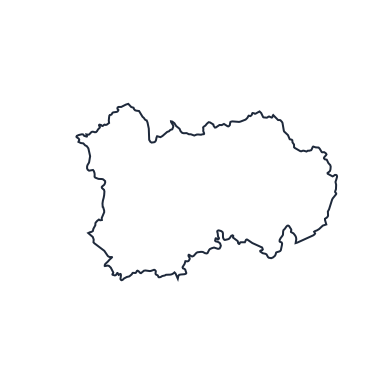 map outline of Kaluga (Mercator projection), rotated 39°
{"feature_id": "RUS-2361", "entity_name": "Kaluga", "entity_type": "Region", "adm_level": 1, "iso_a3": "RUS", "parent_name": "Russia", "parent_adm1": "", "projection": "mercator", "projection_center": [35.421, 54.295], "detail": "fine", "context": "isolated", "style": "outline", "palette": "slate", "viewbox_px": 384, "rotation_deg": 39, "n_neighbors": 0, "source": "natural_earth", "source_scale": "10m", "svg_char_len": 6003}
<svg xmlns="http://www.w3.org/2000/svg" viewBox="0 0 384 384"><g transform="rotate(39 192 192)"><path d="M235.5,268.3L230.5,265.7L229.0,265.5L228.7,267.2L228.0,268.8L227.1,269.9L223.9,272.7L223.4,274.0L221.8,276.0L221.1,277.9L220.0,279.1L219.6,279.2L217.9,278.4L215.7,278.8L215.0,278.4L213.7,276.3L212.4,276.0L211.5,276.3L209.8,279.1L209.0,280.0L205.2,282.3L204.2,283.4L203.4,287.2L202.8,287.5L200.4,287.2L199.2,287.4L199.0,287.7L198.9,288.1L199.2,289.7L199.1,290.4L196.9,292.1L196.8,292.5L197.0,294.0L196.4,297.0L194.8,299.1L193.6,302.0L193.4,303.8L192.9,304.8L192.1,305.0L191.1,304.6L189.4,301.7L188.5,300.8L188.0,300.7L187.7,300.9L187.4,302.2L187.2,302.6L185.1,301.8L184.9,302.0L185.1,304.4L184.9,304.9L184.5,305.4L182.4,306.3L181.9,306.0L181.8,304.7L181.5,304.1L176.5,301.9L174.0,301.7L172.8,302.2L170.9,304.4L170.7,304.4L170.2,303.7L169.9,302.5L170.4,298.9L170.5,296.3L170.9,293.8L170.9,293.1L170.7,293.0L169.1,294.3L167.7,294.7L166.8,294.7L160.9,292.9L148.4,293.3L147.1,293.1L145.5,290.8L143.2,289.4L137.2,289.2L138.0,287.5L139.0,286.2L139.5,284.7L138.5,282.6L137.8,278.7L136.7,277.2L136.4,276.5L136.5,274.1L137.0,272.0L138.4,271.8L139.6,270.5L138.2,269.0L136.5,263.0L135.4,261.7L132.5,259.7L132.0,259.8L129.7,257.3L128.2,254.8L127.0,252.1L125.7,249.7L123.6,246.7L122.3,245.7L119.7,245.6L118.8,245.0L118.7,244.2L119.2,241.8L119.2,241.2L118.6,239.3L117.6,238.2L115.0,238.1L114.0,238.5L111.0,240.7L107.8,241.7L106.7,241.5L105.2,239.5L104.1,238.5L102.5,237.5L101.2,237.2L98.6,240.2L96.9,240.3L95.5,239.6L94.3,238.0L93.8,236.6L93.5,234.2L93.2,233.4L90.3,228.3L84.0,223.3L81.4,222.6L79.5,223.0L77.0,222.6L74.8,223.9L72.2,224.5L71.7,222.8L71.3,222.2L70.2,221.8L67.8,222.0L67.3,221.6L67.2,220.8L68.2,218.9L69.8,216.8L70.6,216.1L71.3,215.8L72.9,216.2L75.2,215.3L75.4,215.0L75.2,214.7L73.7,213.7L75.4,212.7L75.9,211.9L76.1,208.9L76.5,208.0L77.4,207.3L78.9,206.7L79.7,205.9L79.9,204.5L79.6,202.6L79.8,199.9L79.4,199.3L78.0,198.9L77.6,198.3L77.7,197.9L79.0,197.2L80.7,197.2L81.1,196.7L81.4,195.2L81.6,194.7L82.7,194.2L83.4,193.3L84.1,190.5L82.4,188.9L80.6,186.2L79.7,184.6L79.7,183.8L80.3,183.2L80.7,182.4L80.4,180.8L80.6,179.8L83.1,177.1L83.5,176.2L83.4,175.3L83.2,174.6L81.8,174.3L81.4,174.0L81.0,173.1L81.4,172.1L83.5,170.4L85.6,165.7L87.0,163.6L91.3,164.2L93.5,163.3L94.9,164.1L96.3,164.3L97.4,163.9L99.9,162.4L106.3,164.7L107.8,164.7L109.9,165.3L111.0,165.2L111.7,164.9L113.7,166.0L118.5,169.9L125.9,178.4L128.1,179.2L129.5,179.0L131.3,177.1L131.7,176.0L131.5,174.6L130.1,171.9L129.8,170.6L133.0,169.2L133.8,167.1L134.9,160.9L135.9,159.3L136.1,157.4L137.2,155.7L136.6,153.7L136.1,152.7L135.1,152.0L131.7,150.8L131.2,150.3L132.3,149.7L135.0,149.6L138.2,150.7L142.5,150.7L145.0,152.0L147.2,152.2L148.5,151.6L150.8,149.6L153.2,149.1L154.7,147.9L158.2,146.7L159.6,144.3L160.5,143.5L163.0,141.8L163.7,140.7L164.8,139.6L164.8,139.2L164.4,138.7L162.4,137.6L161.1,135.8L160.2,135.1L160.0,134.7L160.0,134.0L160.6,131.9L160.6,129.6L161.0,127.3L162.2,126.6L166.1,126.1L167.0,126.9L169.2,127.5L169.9,126.9L171.2,122.6L173.0,121.3L174.0,119.0L178.3,118.5L179.0,118.1L179.2,117.6L179.3,116.3L177.8,113.6L178.1,112.7L179.1,111.6L184.5,107.9L185.4,106.7L188.1,102.0L188.4,99.7L188.0,97.2L188.1,96.9L189.5,96.4L189.7,96.0L189.9,95.0L189.8,94.0L189.3,93.0L189.4,92.5L190.6,91.8L191.7,91.6L192.1,91.1L193.8,86.9L196.1,87.1L200.1,89.0L200.6,89.0L203.2,87.3L203.7,86.6L204.0,85.3L204.6,84.7L207.0,84.1L207.4,83.5L206.7,81.7L206.7,81.1L213.6,81.9L215.2,80.7L215.8,80.6L218.1,81.0L218.9,81.4L224.7,86.5L225.5,87.0L230.8,87.4L234.7,89.5L236.6,88.6L237.4,88.7L238.9,90.2L241.4,90.9L243.2,93.0L244.0,93.1L250.4,92.1L251.3,91.6L252.0,90.4L252.8,89.6L255.5,88.5L256.1,86.9L257.0,86.3L258.3,84.5L258.2,83.6L257.5,81.1L257.6,80.4L257.8,80.3L260.0,79.5L262.4,77.8L264.0,78.0L267.6,79.3L268.2,79.2L269.6,77.9L271.2,77.7L272.1,77.8L272.9,78.2L273.0,78.9L272.9,81.7L273.1,82.5L273.4,82.8L274.6,83.0L276.4,82.1L279.8,83.7L282.5,84.1L283.8,85.0L285.3,87.2L285.8,88.4L286.0,89.1L285.7,90.6L285.4,91.7L285.4,92.0L286.0,92.4L291.4,91.4L291.8,90.7L292.3,88.8L293.2,88.1L294.1,88.0L295.1,88.8L296.2,91.3L297.2,93.9L299.5,95.7L302.1,99.2L302.9,101.5L303.5,102.1L304.9,102.3L305.3,102.8L305.4,103.2L305.4,108.4L305.7,109.8L309.4,119.2L309.9,121.7L312.5,124.6L312.9,125.5L312.9,127.0L312.2,129.1L312.9,130.0L316.8,132.7L314.8,135.8L314.1,140.8L313.2,143.3L312.2,145.0L311.9,146.0L313.8,146.8L313.9,147.9L313.5,149.4L305.7,165.0L304.7,166.5L302.7,163.0L301.3,161.7L299.6,160.9L296.9,160.3L294.2,160.8L293.7,160.4L293.1,159.0L292.5,158.6L288.9,157.4L287.8,157.6L287.3,158.2L287.1,159.5L287.3,162.2L287.1,164.1L287.6,165.2L289.6,168.0L289.8,169.1L289.9,172.1L290.3,174.1L291.1,175.2L291.5,175.4L293.3,174.8L294.3,175.2L295.1,176.3L297.6,181.2L297.7,182.2L297.3,183.2L295.8,185.4L295.5,186.1L296.4,188.2L296.6,189.6L296.1,192.0L295.2,193.6L292.9,194.8L291.9,194.7L289.2,193.6L288.0,193.8L285.4,195.1L282.6,195.3L282.1,194.9L282.2,194.3L283.2,192.9L283.1,192.0L281.4,191.0L271.0,193.7L264.9,194.2L264.3,194.6L264.1,195.2L264.7,197.8L261.4,200.5L261.2,200.9L261.5,202.5L261.3,202.8L260.2,202.8L258.6,201.5L257.9,201.4L252.6,201.6L251.6,200.1L250.8,200.1L250.1,201.3L250.3,203.7L250.2,205.1L249.6,206.2L247.7,208.6L246.7,208.8L245.5,208.3L244.5,207.6L241.9,204.5L240.8,203.9L239.2,204.0L236.9,205.0L236.4,205.7L236.3,206.6L237.0,207.3L237.8,207.8L240.5,210.4L241.7,210.7L242.2,211.1L242.3,211.9L242.1,212.5L239.7,212.9L239.6,213.3L240.6,215.3L241.5,215.4L243.4,214.5L244.9,214.2L246.2,214.3L248.2,215.6L248.7,216.8L249.0,218.5L248.4,219.4L247.8,219.9L244.1,221.3L242.7,223.3L241.8,225.2L241.8,226.4L242.5,229.7L242.1,230.5L240.7,231.3L238.1,231.8L236.6,232.9L234.1,235.5L233.7,236.8L233.5,240.6L232.9,241.8L232.0,242.3L229.3,242.6L229.0,242.8L229.0,243.2L229.5,243.9L231.9,244.9L232.5,245.9L232.7,247.8L232.2,248.7L230.4,249.9L231.5,252.6L231.9,256.1L232.1,256.5L233.0,257.0L234.7,256.5L235.6,256.6L238.5,258.5L238.7,258.9L238.6,259.5L237.9,260.6L235.2,263.2L234.2,264.4L234.2,265.8L235.5,268.3Z" fill="none" stroke="#1e293b" stroke-width="2"/></g></svg>